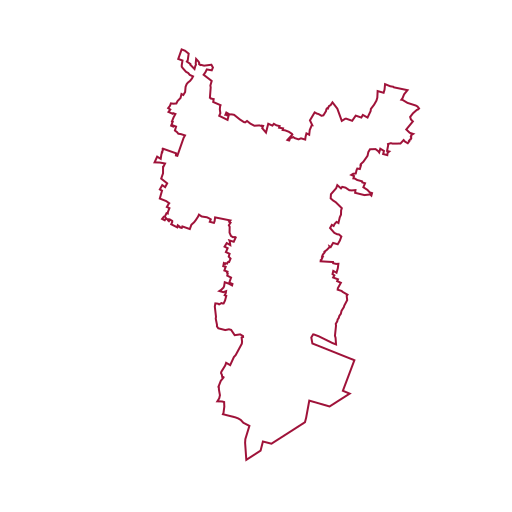 outline of Valladolid, Yucatán, Mexico, rotated 15°
{"feature_id": "50627088B16380638770573", "entity_name": "Valladolid", "entity_type": "district", "adm_level": 2, "iso_a3": "MEX", "parent_name": "Mexico", "parent_adm1": "Yucatán", "projection": "robinson", "projection_center": [-88.128, 20.615], "detail": "fine", "context": "isolated", "style": "outline", "palette": "rose", "viewbox_px": 512, "rotation_deg": 15, "n_neighbors": 0, "source": "geoboundaries", "source_scale": "gbopen_adm2", "svg_char_len": 6076}
<svg xmlns="http://www.w3.org/2000/svg" viewBox="0 0 512 512"><g transform="rotate(15 256 256)"><path d="M366.0,382.3L382.1,364.7L374.8,363.7L378.0,331.2L333.1,325.9L330.5,320.4L331.5,316.9L332.2,316.8L337.4,317.3L352.4,320.3L356.2,320.7L354.0,314.4L352.9,312.6L351.3,302.5L350.6,300.9L351.4,298.0L351.3,296.1L351.9,294.7L352.0,292.2L352.9,289.9L352.8,286.8L354.1,282.6L354.1,281.1L355.5,275.0L353.9,271.0L354.4,269.7L348.8,268.2L347.8,267.6L343.6,267.4L343.4,265.9L344.9,259.9L340.9,259.3L341.2,257.3L336.1,256.8L336.7,254.4L334.6,253.7L334.5,250.4L338.1,251.3L338.2,246.7L337.6,242.2L335.5,242.9L332.4,243.0L332.0,241.9L319.8,244.4L319.6,243.2L320.2,242.4L320.6,240.3L320.1,240.0L320.6,239.1L320.0,238.9L320.2,237.3L321.4,234.7L321.0,234.1L322.7,232.0L324.3,229.2L324.8,228.2L324.5,227.7L325.8,228.1L327.1,223.4L331.9,223.5L333.0,219.4L333.4,215.1L330.5,213.7L328.9,214.0L325.7,213.4L320.3,209.8L321.2,206.3L323.2,206.9L323.7,204.6L325.0,202.2L327.1,202.8L326.9,196.9L327.4,194.1L326.4,189.9L326.5,187.6L319.1,183.4L316.0,182.4L313.2,181.0L312.4,176.9L315.9,169.8L316.2,166.5L320.6,168.7L321.4,166.9L324.8,166.8L329.1,168.3L331.5,167.9L335.0,166.6L335.4,169.3L345.0,169.1L350.3,167.0L351.8,167.8L351.8,165.2L349.4,165.1L346.5,163.3L341.9,161.8L342.5,157.5L339.6,157.4L339.0,156.4L334.0,156.4L331.4,155.6L330.0,155.8L330.0,153.4L327.1,153.0L328.6,151.4L331.0,150.5L330.9,147.1L331.2,145.3L333.8,145.1L333.9,141.3L333.4,141.2L333.4,140.2L335.3,137.2L337.5,131.2L337.8,130.3L337.6,126.5L338.5,123.4L343.8,121.8L346.9,123.1L348.2,124.1L348.3,120.2L352.4,121.4L352.4,124.6L356.7,124.6L356.4,122.3L357.6,120.6L355.4,120.6L355.0,114.8L354.5,113.7L357.1,112.1L358.8,112.1L366.4,110.0L368.6,105.8L370.2,106.9L373.4,107.8L374.4,105.4L374.0,105.1L374.8,103.4L375.2,103.3L375.5,101.9L374.7,100.8L375.0,100.4L374.6,99.2L376.2,97.4L372.6,97.2L368.4,94.9L372.7,85.4L370.3,84.0L368.9,81.8L370.7,77.5L373.5,73.3L374.6,72.5L375.3,71.3L373.3,69.8L371.4,69.3L362.7,68.9L357.2,67.3L356.0,67.4L356.7,65.6L357.2,61.5L359.4,56.6L345.5,57.4L344.8,57.0L341.7,57.3L336.2,56.6L337.1,62.1L337.0,65.3L330.8,65.2L332.2,71.7L332.1,74.8L330.9,79.3L328.9,84.2L329.2,86.4L327.9,93.4L322.7,92.1L321.9,95.0L316.0,94.6L313.9,100.5L307.4,100.0L306.6,100.4L303.9,103.3L296.4,92.6L290.1,87.8L289.0,91.0L287.7,92.3L287.3,94.9L286.6,94.7L286.0,95.9L286.1,98.0L284.7,102.7L283.0,103.6L279.7,102.7L278.0,102.7L275.5,102.1L273.0,111.0L276.5,115.1L276.0,115.2L275.3,120.4L276.0,125.1L273.0,124.5L273.0,127.8L273.4,130.8L269.0,130.7L266.9,132.3L262.8,132.1L261.2,131.5L259.8,132.6L258.5,132.7L258.2,135.8L257.3,135.9L256.3,135.8L259.7,129.3L259.1,128.7L255.5,127.5L251.6,127.1L249.1,127.4L249.1,125.7L245.1,126.1L245.2,124.4L241.8,124.5L239.0,123.7L238.1,125.8L233.6,125.1L233.7,134.2L228.9,130.9L229.2,128.5L227.9,128.6L227.9,129.0L225.4,129.0L220.7,130.6L216.3,129.6L212.4,127.9L211.0,129.7L209.7,129.8L205.1,128.3L198.3,125.3L195.8,125.5L193.9,126.1L190.2,125.1L189.9,127.5L191.9,127.0L191.9,127.6L193.2,127.6L193.3,131.9L184.2,130.1L184.6,127.3L183.1,123.7L182.6,120.9L182.7,119.5L174.8,118.3L174.5,115.4L171.5,115.6L171.0,115.0L170.5,115.0L168.6,104.9L167.8,103.1L167.9,98.4L158.5,94.5L159.6,91.6L160.2,88.5L165.2,88.1L165.6,85.1L163.4,82.8L156.6,85.6L153.6,85.6L152.8,86.0L151.3,85.3L151.3,84.4L150.2,83.1L147.2,81.2L147.9,85.5L148.5,86.8L148.2,88.0L148.2,91.3L143.0,88.2L142.9,87.5L138.9,86.1L139.4,84.6L138.6,78.0L134.3,76.1L130.7,75.7L129.9,85.8L134.4,86.2L134.9,91.0L135.3,92.4L136.5,93.4L140.7,96.2L143.2,96.8L145.1,98.2L148.7,98.8L148.2,101.1L147.0,103.9L145.3,106.2L144.5,108.0L144.2,110.8L145.1,116.0L144.1,119.3L142.1,118.8L142.2,122.9L140.1,126.7L139.6,129.3L136.7,130.3L134.3,130.6L134.0,133.3L132.9,135.9L135.3,136.7L134.2,139.5L138.7,140.2L139.0,139.5L141.4,139.7L140.5,143.5L140.0,147.8L140.8,147.9L140.3,152.1L142.4,152.4L142.4,151.4L145.3,151.7L145.2,155.8L147.7,156.8L149.3,158.0L151.9,157.7L156.2,157.9L155.5,160.7L154.1,179.6L152.6,179.6L152.2,177.5L138.2,176.4L138.1,176.7L138.8,177.0L138.2,179.9L138.6,180.0L138.3,182.1L138.8,186.8L134.8,185.6L133.8,191.8L139.0,190.6L144.2,190.2L143.4,194.1L143.2,194.1L144.8,200.2L144.4,205.8L151.4,208.8L150.4,213.0L147.1,211.8L145.9,216.6L148.3,217.2L148.2,225.4L155.0,226.2L158.5,227.5L158.0,228.7L157.2,231.7L160.0,232.2L159.5,236.3L159.8,237.8L158.5,237.8L157.7,241.7L156.8,241.9L155.7,244.5L158.6,245.1L159.3,242.7L160.5,243.5L161.9,243.2L161.9,244.4L162.9,244.9L163.6,243.1L166.0,243.8L166.3,244.8L165.9,247.3L172.5,248.7L172.5,246.6L174.6,247.4L174.6,247.9L175.5,248.1L177.0,248.1L177.2,246.5L185.1,247.1L185.5,242.5L187.5,239.4L188.5,237.0L189.8,233.1L190.2,230.8L193.3,231.9L198.6,231.3L200.7,231.7L202.8,232.3L202.5,234.9L206.8,234.9L207.0,233.1L206.5,229.3L222.0,228.3L221.2,229.9L222.8,230.4L221.8,233.3L223.0,234.6L224.4,240.3L226.6,243.1L228.8,243.8L231.0,243.1L231.6,243.3L230.8,248.0L226.3,247.9L226.9,248.7L228.3,252.1L224.4,251.1L223.2,255.1L226.6,255.8L225.9,260.0L229.9,260.7L229.8,263.7L232.1,265.1L231.6,268.7L231.0,268.7L230.3,269.4L230.1,270.8L228.3,270.9L228.2,271.7L226.8,271.2L227.0,274.3L229.5,274.3L229.2,278.2L232.5,278.5L232.3,279.7L233.2,280.1L233.3,282.4L237.5,283.3L237.1,288.6L240.5,289.1L240.5,290.6L237.1,289.8L232.6,289.4L233.0,293.4L232.8,294.9L231.2,297.6L229.7,299.3L233.8,299.4L236.2,297.7L236.4,299.7L235.9,302.0L237.6,302.2L237.6,307.1L237.0,310.2L236.3,310.5L234.8,310.4L232.9,312.3L231.6,311.9L229.0,312.3L229.3,315.5L233.1,325.1L233.3,326.9L236.1,332.5L236.5,334.1L238.3,335.6L245.5,335.5L248.8,333.8L251.1,333.8L255.9,338.0L261.0,335.8L264.2,336.7L264.5,337.6L263.2,338.5L264.7,342.3L265.0,344.4L262.0,357.0L260.8,359.3L259.3,368.1L254.8,366.9L254.6,369.7L252.5,376.7L252.5,378.1L253.8,379.6L254.7,381.6L255.9,381.4L256.1,381.7L254.3,385.7L253.6,391.9L253.9,391.9L254.8,394.7L257.2,399.8L257.3,403.0L256.3,406.4L260.8,405.3L263.0,405.3L264.4,409.8L265.2,415.9L265.0,417.4L277.8,417.2L280.8,417.5L283.7,418.3L287.0,420.4L293.6,421.8L293.1,435.6L293.8,439.2L299.4,455.4L310.8,442.8L310.7,433.4L319.5,433.3L346.3,403.9L346.3,399.4L344.9,381.9L366.0,382.3Z" fill="none" stroke="#9f1239" stroke-width="2"/></g></svg>